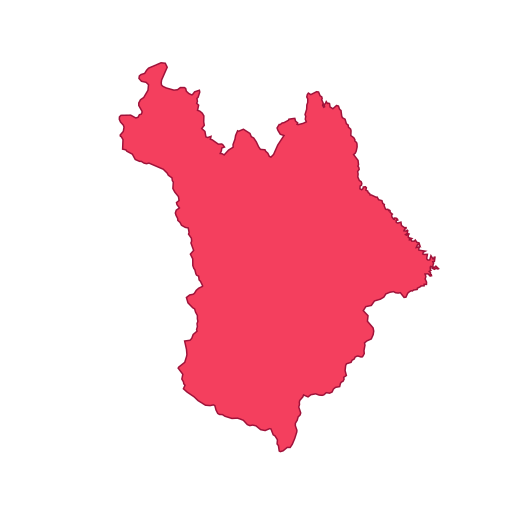 Tosing, Quthing, Lesotho, rotated 20°
{"feature_id": "5366337B57402845150405", "entity_name": "Tosing", "entity_type": "district", "adm_level": 2, "iso_a3": "LSO", "parent_name": "Lesotho", "parent_adm1": "Quthing", "projection": "albers", "projection_center": [28.037, -30.451], "detail": "fine", "context": "isolated", "style": "filled", "palette": "rose", "viewbox_px": 512, "rotation_deg": 20, "n_neighbors": 0, "source": "geoboundaries", "source_scale": "gbopen_adm2", "svg_char_len": 6091}
<svg xmlns="http://www.w3.org/2000/svg" viewBox="0 0 512 512"><g transform="rotate(20 256 256)"><path d="M233.2,405.6L237.7,407.4L246.0,409.5L251.0,411.7L259.5,413.5L264.0,412.3L267.0,410.4L268.6,410.8L271.1,414.4L273.9,417.0L275.8,417.4L278.7,416.5L281.6,417.2L288.9,416.9L294.1,414.7L296.9,414.6L300.3,414.7L305.5,417.4L308.2,417.5L310.7,416.0L314.1,415.6L319.7,417.6L324.3,416.9L327.8,413.6L329.2,413.4L333.3,418.1L335.5,418.6L339.0,421.4L340.1,425.4L341.9,426.5L344.5,431.3L345.8,431.5L348.1,429.8L350.8,425.2L353.6,424.2L354.5,420.4L354.8,414.2L354.5,407.4L354.0,405.7L351.0,402.0L350.2,399.7L350.9,396.2L350.6,392.9L351.8,390.3L351.7,388.2L347.8,383.3L347.7,380.8L346.7,378.5L346.5,376.8L348.2,372.4L348.2,370.3L353.1,370.6L355.0,367.6L359.2,365.1L362.9,365.1L365.8,364.3L367.2,363.3L368.8,360.4L372.1,359.7L374.0,357.8L374.3,354.5L375.7,352.2L379.3,350.1L378.9,346.9L379.4,345.2L380.6,344.0L380.9,341.7L379.9,340.0L381.8,337.4L378.9,333.2L377.7,328.2L377.9,326.3L381.7,323.4L381.9,321.1L383.5,319.3L383.7,317.1L384.8,315.9L386.0,315.1L389.2,315.0L390.5,314.3L390.8,313.0L391.1,310.7L389.8,307.9L388.9,302.6L387.7,300.5L389.3,297.8L392.7,294.5L393.0,289.8L392.3,286.3L390.6,283.5L383.0,279.2L381.7,273.8L375.5,270.7L376.5,266.0L381.3,263.0L382.7,257.7L387.7,254.0L390.2,250.9L391.0,247.2L394.3,244.2L397.5,242.4L399.7,242.8L402.3,242.2L404.2,241.1L409.3,244.3L411.0,243.4L411.3,239.1L412.4,237.1L413.7,235.6L414.9,235.4L415.7,234.1L418.9,232.3L418.7,231.0L421.2,228.4L421.3,227.7L424.2,226.5L423.7,225.1L425.9,224.4L425.2,222.2L422.8,219.7L422.7,217.3L421.0,215.1L423.7,213.9L426.5,215.3L427.7,214.5L427.0,213.5L426.0,213.4L425.7,212.0L424.0,211.2L425.3,209.7L424.3,208.9L423.5,206.8L423.7,206.0L425.1,206.0L425.5,207.2L428.2,207.5L429.4,206.1L431.4,206.0L431.9,205.5L428.5,204.0L427.4,205.9L426.3,206.2L425.4,204.2L425.3,202.0L424.1,200.9L425.5,200.1L424.6,195.9L423.9,196.1L423.7,198.0L423.3,198.2L420.3,195.9L420.6,200.2L419.2,201.0L418.0,200.7L417.2,199.8L416.5,195.8L413.3,197.1L412.0,197.0L411.9,195.1L413.3,193.6L407.1,194.8L406.4,193.5L406.6,191.4L403.7,193.2L403.9,189.9L404.7,189.6L406.5,190.3L404.7,187.9L402.5,188.1L400.2,186.5L399.7,187.9L397.4,188.8L396.1,187.8L394.6,188.4L394.4,187.5L396.0,187.1L396.5,186.3L392.8,186.5L392.0,184.5L392.3,183.0L391.3,183.0L390.3,184.9L389.2,184.8L390.4,182.9L389.9,180.2L389.3,180.0L388.6,181.2L386.4,181.7L386.5,180.2L387.5,178.8L387.3,178.0L385.8,178.6L382.3,177.6L380.6,174.6L378.0,176.6L376.4,176.5L375.5,174.7L375.9,174.0L376.9,173.9L376.6,173.2L375.2,172.5L373.4,172.8L373.0,173.2L373.4,174.3L372.7,174.4L370.3,172.8L369.4,170.9L369.8,170.0L367.2,169.1L366.4,167.5L365.5,167.3L365.2,167.9L363.9,167.0L362.3,167.8L361.6,167.6L359.2,164.9L359.0,163.7L357.2,163.3L355.4,160.9L352.0,161.2L349.7,159.2L348.7,159.7L343.5,159.2L342.3,159.6L341.5,158.5L339.7,158.0L338.8,156.8L336.7,156.5L336.4,154.1L335.1,153.5L333.2,154.5L333.5,155.9L332.7,157.6L330.6,157.3L329.9,154.6L330.9,153.4L330.6,151.6L329.4,150.2L327.3,149.7L324.6,146.9L323.9,144.0L322.6,141.9L323.3,139.3L322.3,137.6L321.0,136.7L321.1,135.1L319.2,131.3L313.0,127.3L314.1,125.4L314.3,123.2L313.7,118.9L312.6,116.2L311.7,115.0L309.4,114.0L309.1,112.8L307.4,111.4L303.9,110.4L302.5,105.9L301.5,104.4L298.8,103.3L297.8,101.4L295.7,100.8L292.9,97.0L289.9,96.5L288.7,95.2L286.1,90.2L284.4,89.6L282.2,86.9L280.2,87.0L277.9,91.3L274.6,90.6L273.0,87.7L272.2,87.5L271.0,88.2L269.2,86.9L269.1,89.1L268.1,90.3L269.4,92.3L268.8,93.1L267.0,91.6L266.9,89.4L264.3,86.7L264.3,85.4L263.4,84.0L261.4,83.5L258.7,80.5L256.7,80.9L252.3,85.6L249.5,85.0L249.0,86.7L249.3,89.2L250.9,90.7L252.1,94.1L252.1,96.6L253.4,100.8L253.7,106.3L255.0,107.8L255.5,110.6L257.4,112.7L255.0,115.2L250.6,118.2L249.5,118.2L249.7,116.7L247.0,115.7L245.4,113.4L244.3,113.9L240.1,116.2L240.1,117.3L236.6,121.2L235.0,122.1L233.8,124.2L232.8,124.5L232.0,128.5L233.7,130.5L237.2,133.3L241.1,133.2L238.5,144.2L237.8,154.5L236.2,158.0L234.4,157.8L232.0,155.4L229.3,154.3L228.1,153.1L223.7,154.3L221.1,152.5L217.3,148.7L213.5,145.9L210.8,145.5L208.4,142.9L200.8,141.2L197.0,144.7L195.9,144.6L195.6,149.7L196.3,153.5L196.3,159.1L197.3,161.6L194.0,165.8L191.5,171.9L189.1,171.5L187.3,171.9L187.5,168.9L186.9,166.3L189.1,164.4L186.6,162.7L185.4,162.5L182.4,163.8L175.1,161.8L173.2,161.9L172.8,159.0L170.1,161.2L168.2,161.2L165.4,156.4L161.4,154.8L162.7,150.9L161.0,147.9L159.1,142.2L156.7,140.2L153.7,139.1L151.2,139.1L150.5,133.9L148.0,132.8L148.1,130.8L146.6,128.1L147.3,126.7L147.1,121.2L146.1,119.6L142.2,122.7L141.1,126.1L140.3,126.6L137.3,126.3L134.2,125.0L132.6,122.6L131.1,122.2L127.3,123.6L125.4,126.6L122.2,128.2L114.0,128.8L110.3,128.4L108.8,127.7L107.7,125.7L107.1,122.9L108.0,109.0L104.8,105.9L100.7,106.9L90.8,116.2L89.7,118.8L88.9,122.5L85.9,124.8L84.8,126.7L85.3,129.2L88.6,131.0L93.3,130.4L96.4,131.8L97.8,137.2L96.3,145.4L94.0,148.7L93.5,152.3L94.4,154.7L99.4,159.0L99.8,160.1L99.7,162.0L98.1,163.1L97.7,166.0L95.8,167.4L90.1,166.5L81.0,170.0L80.1,172.0L80.8,174.3L82.8,176.4L86.6,178.4L87.9,180.0L88.7,184.3L87.0,188.8L87.7,189.9L88.4,189.8L91.2,192.1L94.1,201.2L97.4,200.8L98.8,201.7L105.0,202.6L109.5,206.6L114.2,206.9L115.8,206.3L119.0,207.0L121.6,206.7L123.6,205.3L139.2,206.2L144.2,208.5L146.0,210.1L150.3,211.3L151.6,213.8L153.0,214.8L154.8,221.0L157.8,223.7L162.8,226.7L164.7,230.2L163.0,233.0L164.2,234.8L167.6,237.0L165.4,240.2L165.5,243.2L167.0,245.2L169.5,247.5L170.4,249.3L173.1,250.4L175.5,252.6L179.8,253.3L182.7,252.8L185.1,256.8L185.1,258.5L189.2,261.4L190.4,264.0L190.4,266.0L195.5,272.1L193.7,276.7L197.5,280.3L199.9,286.6L201.9,289.0L203.2,289.8L205.6,293.3L206.7,294.3L209.0,294.6L210.7,297.9L212.5,298.8L215.9,302.1L216.1,302.9L213.2,305.8L211.6,308.7L210.9,312.1L210.1,313.4L207.0,315.3L204.8,318.8L208.1,323.3L214.3,326.3L216.4,326.7L218.4,329.4L221.3,332.0L222.4,335.1L223.7,337.2L223.7,339.7L225.1,342.4L225.3,345.4L226.3,346.8L223.8,351.2L223.8,355.3L222.9,357.7L218.0,360.3L222.6,367.5L224.8,372.3L225.1,374.2L225.4,380.3L221.4,386.8L221.2,388.0L227.7,392.2L228.4,397.0L230.9,399.1L231.8,400.8L233.5,401.7L233.2,405.6Z" fill="#f43f5e" stroke="#9f1239" stroke-width="1.5"/></g></svg>